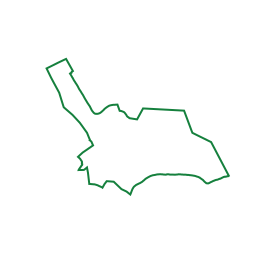 outline of Beane Field, Vieux Fort, Saint Lucia, rotated 59°
{"feature_id": "8701671B19465815393412", "entity_name": "Beane Field", "entity_type": "district", "adm_level": 2, "iso_a3": "LCA", "parent_name": "Saint Lucia", "parent_adm1": "Vieux Fort", "projection": "orthographic", "projection_center": [-60.946, 13.74], "detail": "fine", "context": "isolated", "style": "outline", "palette": "green", "viewbox_px": 256, "rotation_deg": 59, "n_neighbors": 0, "source": "geoboundaries", "source_scale": "gbopen_adm2", "svg_char_len": 4859}
<svg xmlns="http://www.w3.org/2000/svg" viewBox="0 0 256 256"><g transform="rotate(59 128 128)"><path d="M119.0,167.0L119.3,166.9L119.5,166.8L120.8,166.4L123.1,166.7L124.9,166.9L125.7,179.5L126.4,182.9L127.0,185.7L129.7,184.9L130.8,184.9L131.0,184.9L131.7,184.8L132.9,184.8L133.4,184.9L133.6,185.0L133.8,185.1L134.0,185.3L134.1,185.5L134.3,185.6L134.5,185.7L134.6,185.8L134.8,185.9L135.1,185.8L135.4,185.8L135.5,185.9L135.8,186.1L136.0,186.3L136.2,186.7L136.2,186.9L136.2,187.0L136.3,187.1L136.3,187.3L136.4,187.5L136.7,188.1L136.9,188.4L137.0,188.7L137.1,188.9L137.2,189.2L137.3,189.3L137.3,189.5L137.6,190.0L137.7,190.3L137.8,190.6L138.0,190.9L138.2,191.4L138.3,191.6L138.5,191.9L138.6,192.0L138.8,191.6L139.1,191.1L139.5,190.4L140.2,189.3L140.8,188.1L141.2,187.4L141.2,187.0L141.2,186.9L141.2,186.6L141.1,186.1L141.0,185.6L141.0,185.0L140.9,184.7L140.7,183.5L145.6,185.3L156.0,190.0L156.2,189.6L157.0,188.6L157.3,188.2L157.6,187.8L157.9,187.3L158.3,186.8L158.5,186.6L158.6,186.4L158.8,186.0L158.9,185.9L159.5,185.3L159.8,185.0L160.0,184.8L160.5,184.4L160.9,184.0L161.8,183.3L162.0,183.2L162.8,182.7L163.2,182.4L163.8,182.0L164.1,181.7L164.7,181.4L165.0,181.1L165.5,180.8L166.0,180.6L163.8,176.7L163.7,176.4L163.5,175.8L163.0,174.6L162.6,173.7L163.4,172.5L166.7,167.9L177.0,165.1L181.7,162.0L186.2,160.3L185.5,159.3L185.1,158.8L183.9,157.3L182.7,155.7L182.3,155.0L182.1,154.6L181.8,154.1L181.5,153.4L181.3,152.7L181.2,151.8L181.1,150.9L181.0,150.5L181.0,149.8L181.1,149.6L181.1,148.6L181.2,148.3L181.2,147.7L181.3,146.7L181.4,146.4L181.4,145.5L181.4,145.4L181.4,144.2L181.4,143.3L181.1,142.1L181.1,141.7L181.1,141.3L180.9,140.6L180.8,140.1L180.7,139.5L180.6,139.0L180.6,138.9L180.6,137.9L180.6,137.0L180.6,136.2L180.7,134.2L180.8,133.1L180.9,132.8L181.3,131.0L181.7,130.1L181.8,129.8L182.0,129.3L182.2,128.8L182.7,127.2L183.1,126.3L183.3,126.1L183.5,125.5L183.7,125.2L183.8,125.0L184.2,124.2L184.8,123.4L185.5,122.3L185.6,122.2L186.0,121.8L186.4,121.2L186.9,120.5L187.1,120.2L187.4,119.8L187.6,119.4L187.7,118.7L188.0,118.0L188.1,117.9L188.3,117.5L188.5,117.2L188.8,116.8L189.5,116.1L189.6,115.9L190.1,115.1L191.2,113.3L191.8,112.5L192.3,111.6L192.5,111.3L192.8,110.6L193.2,109.8L193.4,109.4L193.7,108.5L194.0,108.1L194.4,107.5L194.7,107.0L195.1,106.5L195.5,106.0L195.7,105.6L196.4,104.7L196.9,104.0L197.3,103.2L198.1,102.1L198.7,101.5L198.8,101.2L199.0,100.9L199.2,100.6L199.6,100.0L200.3,99.3L200.7,98.7L200.8,98.5L201.2,98.1L201.5,97.6L201.8,97.3L202.2,96.8L202.5,96.5L203.0,95.9L203.4,95.4L203.8,95.1L204.2,94.7L205.2,93.9L205.6,93.5L206.0,93.1L206.8,92.6L207.0,92.4L207.6,92.0L207.9,92.0L208.3,91.8L208.8,91.6L209.3,91.3L209.7,91.2L210.1,91.0L210.3,90.9L210.6,90.8L210.9,90.6L211.6,90.4L211.9,90.4L212.8,90.2L213.7,90.0L214.7,89.6L215.4,89.4L215.7,89.3L216.0,88.9L216.3,88.5L216.6,88.1L216.8,87.8L216.9,87.4L216.9,86.9L217.0,86.6L217.0,86.4L217.0,85.4L217.1,84.4L217.2,83.7L217.3,82.4L217.3,82.0L217.5,81.4L217.6,80.5L217.7,79.9L217.9,79.1L218.1,78.6L218.2,78.3L218.4,77.9L218.6,76.4L218.7,75.7L218.8,75.6L218.8,75.4L219.0,75.0L219.1,73.0L219.2,72.1L219.2,71.7L219.3,71.0L219.6,70.1L219.8,70.0L219.9,69.7L220.0,69.3L220.2,69.0L220.4,68.2L220.5,67.8L220.8,67.2L221.0,66.7L220.8,66.3L220.8,66.2L182.9,64.0L170.0,72.3L165.3,75.3L162.4,74.8L142.0,71.0L119.0,105.0L125.3,115.8L124.3,117.0L123.9,117.4L123.2,118.3L122.0,119.7L121.0,120.9L120.3,121.7L119.7,121.9L119.2,122.0L118.2,122.6L117.0,122.8L115.8,122.7L114.9,122.8L114.2,122.9L113.2,123.0L112.2,123.3L111.0,124.2L109.9,125.1L109.0,126.3L102.5,125.0L101.7,126.5L101.3,127.4L100.9,128.0L100.7,128.4L100.4,129.0L100.3,129.3L100.1,129.8L99.8,130.6L99.5,131.5L99.3,132.3L99.2,132.8L99.2,133.4L99.2,133.6L99.2,134.2L99.2,134.7L99.2,135.2L99.3,135.6L99.3,136.3L99.5,137.8L99.6,138.5L99.8,139.0L100.0,139.6L100.1,140.2L100.2,140.7L100.3,141.2L100.4,141.7L100.5,142.2L100.6,142.6L100.6,143.1L100.7,143.6L100.7,144.1L100.7,144.6L100.6,145.1L100.6,145.3L100.5,145.6L100.4,146.1L100.2,146.6L100.1,146.9L99.9,147.3L99.6,147.7L99.4,148.1L99.2,148.4L99.0,148.6L98.6,149.0L97.7,149.4L97.1,149.6L96.1,149.7L94.9,149.9L94.4,149.9L93.4,149.9L92.9,149.8L92.2,149.8L91.5,149.7L90.9,149.7L90.3,149.6L89.8,149.6L88.9,149.6L88.1,149.7L87.2,149.7L86.1,149.8L85.4,149.8L84.4,149.8L83.5,149.8L82.7,149.8L82.0,149.8L81.3,149.8L80.5,149.8L78.3,149.7L76.2,149.6L75.1,149.7L74.5,149.7L72.0,149.7L70.4,149.8L69.1,149.8L67.7,149.7L66.6,149.6L65.4,149.6L64.0,149.6L62.7,149.7L61.7,149.7L60.7,149.7L59.8,149.8L59.0,149.8L57.9,149.7L57.7,149.7L56.9,149.7L56.6,149.6L56.0,149.7L53.4,149.6L51.5,149.7L51.4,149.1L51.5,148.6L51.6,148.3L51.6,148.0L51.4,147.8L51.1,147.6L50.9,147.4L50.8,145.9L36.9,145.5L36.6,148.3L36.0,154.5L35.2,164.8L35.0,167.1L45.2,168.0L50.9,168.3L62.3,168.8L72.5,171.3L77.1,172.4L79.0,171.8L88.2,168.8L98.8,166.6L111.0,165.6L116.0,166.4L119.0,166.8L119.0,167.0Z" fill="none" stroke="#15803d" stroke-width="2"/></g></svg>